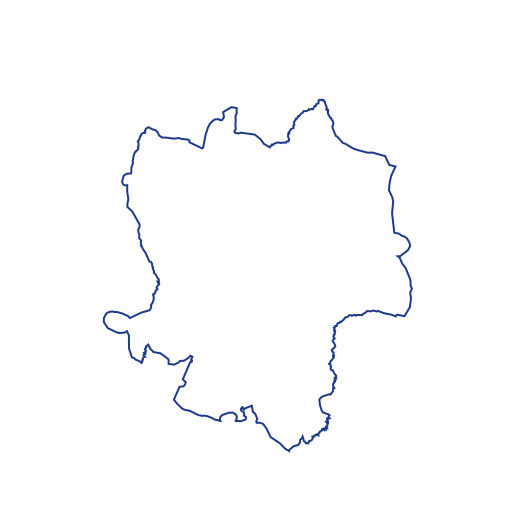 Wa Municipal, Upper West, Ghana (Natural Earth projection), rotated 299°
{"feature_id": "2480657B26357719954092", "entity_name": "Wa Municipal", "entity_type": "district", "adm_level": 2, "iso_a3": "GHA", "parent_name": "Ghana", "parent_adm1": "Upper West", "projection": "natural_earth1", "projection_center": [-2.475, 10.039], "detail": "fine", "context": "isolated", "style": "outline", "palette": "blue", "viewbox_px": 512, "rotation_deg": 299, "n_neighbors": 0, "source": "geoboundaries", "source_scale": "gbopen_adm2", "svg_char_len": 6124}
<svg xmlns="http://www.w3.org/2000/svg" viewBox="0 0 512 512"><g transform="rotate(299 256 256)"><path d="M316.5,99.5L314.1,98.1L311.7,98.1L310.7,99.3L309.7,99.1L309.3,97.8L307.0,96.6L305.7,97.0L304.5,96.6L301.9,97.4L299.0,97.0L297.9,98.5L294.8,100.1L293.8,100.0L293.3,100.9L291.0,101.0L290.4,100.4L289.0,100.4L288.5,99.8L285.1,100.2L279.4,102.1L277.1,103.5L272.6,104.2L269.5,106.1L267.6,106.6L265.2,103.0L262.5,101.6L261.5,101.4L256.0,102.9L254.4,104.8L254.2,106.0L254.4,107.5L255.5,109.1L250.2,111.9L243.5,117.0L239.3,118.2L236.5,119.8L235.0,126.1L227.2,138.8L225.0,140.0L221.5,140.4L219.5,141.8L218.6,143.3L215.1,145.1L213.8,148.1L212.1,148.6L210.1,150.3L209.1,150.5L208.9,151.7L207.4,153.5L205.1,158.1L199.5,165.3L199.9,166.9L198.9,168.8L196.8,170.2L196.2,171.5L194.8,171.8L193.7,173.8L191.8,174.8L191.2,177.2L189.0,180.6L188.5,182.2L186.6,183.4L185.9,182.2L185.0,183.7L185.0,184.5L184.3,184.4L183.9,185.0L181.9,184.3L180.1,184.4L179.3,185.8L178.1,185.8L177.2,185.0L174.1,185.7L173.4,184.8L172.2,184.6L171.8,185.5L168.4,187.6L164.2,188.2L162.4,187.8L160.3,189.2L158.2,189.4L156.6,188.9L151.0,183.2L140.5,175.7L141.4,173.7L141.0,167.3L139.7,161.8L138.2,159.0L138.1,157.8L136.6,155.5L134.4,153.5L132.8,153.0L128.0,153.0L124.3,155.1L121.1,161.4L121.6,170.5L122.3,173.7L125.3,178.3L127.7,179.5L125.1,183.2L113.5,189.8L107.1,196.7L107.7,198.6L107.0,200.9L107.5,205.0L107.0,207.8L108.2,207.9L109.7,206.9L110.5,207.4L111.8,206.5L113.3,206.9L114.0,207.8L114.6,205.8L116.0,205.6L116.6,206.8L117.3,206.5L117.4,205.1L118.9,205.9L119.9,205.7L120.1,204.7L120.8,203.9L122.8,204.4L123.4,203.6L126.3,204.8L123.8,208.2L122.3,212.8L124.6,219.7L123.4,229.0L122.5,230.2L119.3,231.8L121.2,237.0L125.4,240.0L127.5,240.5L129.3,243.6L130.2,244.2L134.6,246.5L136.9,246.9L137.1,249.2L133.6,249.6L133.5,250.7L132.7,251.0L131.9,250.9L131.2,249.9L112.6,251.8L111.6,255.7L109.7,256.2L107.1,255.9L104.4,252.6L90.6,253.8L88.7,258.3L86.8,265.2L86.8,267.6L88.5,273.4L88.9,282.6L90.1,286.6L91.2,287.9L92.3,291.0L93.0,296.1L92.9,299.4L94.0,302.3L94.1,304.3L94.4,304.9L95.5,303.5L97.9,302.9L100.5,303.5L105.8,308.3L107.7,311.5L107.7,314.9L106.4,317.0L104.3,318.0L102.0,318.1L102.0,319.0L102.9,320.0L104.0,322.6L107.7,326.1L108.9,326.1L110.3,325.3L110.5,322.8L111.8,322.5L113.5,321.0L113.4,318.9L114.1,317.3L115.4,317.0L117.2,317.4L117.3,317.8L116.1,318.2L115.9,320.1L117.3,320.2L123.0,324.9L118.1,328.9L118.0,330.4L117.2,332.4L114.2,336.0L111.1,336.6L110.5,337.5L112.3,340.8L112.5,343.9L110.0,349.1L104.7,356.6L103.8,367.4L101.5,375.4L101.5,379.6L102.7,379.2L107.7,381.1L111.3,384.6L114.4,384.8L116.7,383.8L118.8,384.5L120.7,384.3L117.3,387.8L117.0,389.8L116.4,390.6L117.6,391.8L117.5,392.5L120.1,392.3L120.4,393.2L122.7,394.1L124.3,393.9L125.4,392.9L126.5,394.6L127.1,394.1L128.8,395.1L129.1,396.5L129.4,395.7L129.9,396.0L130.2,397.1L131.8,396.8L132.6,397.3L133.4,396.9L135.6,398.4L136.4,397.8L136.5,398.2L137.3,398.4L137.0,399.9L137.9,399.4L138.0,400.9L138.6,400.2L139.7,401.8L140.2,401.0L139.9,400.0L140.8,399.9L141.1,400.7L142.3,400.7L143.9,399.7L144.4,400.1L145.1,399.8L144.4,399.1L145.0,397.5L146.6,398.6L147.8,396.9L148.5,396.9L149.1,397.3L148.9,398.5L149.8,399.1L150.0,397.8L151.2,397.2L152.4,397.5L152.7,396.3L151.6,390.6L152.5,388.6L156.3,384.5L161.1,381.0L163.6,381.4L166.0,382.8L170.6,387.1L170.9,388.3L175.0,388.9L177.9,387.5L178.5,388.4L179.3,387.0L181.3,385.5L184.2,385.9L184.5,385.2L185.4,385.7L186.3,384.7L186.8,385.3L187.2,384.1L188.5,384.2L188.2,384.9L188.6,385.2L189.3,384.3L190.2,384.1L190.9,382.0L193.3,378.5L192.7,377.3L194.1,375.5L195.3,375.4L196.6,374.4L197.1,372.2L198.5,372.8L200.0,372.1L201.8,372.9L203.6,372.8L204.1,373.3L204.9,373.1L205.7,372.0L206.3,372.7L207.1,372.3L207.1,371.5L209.3,370.6L209.4,369.1L210.5,367.8L215.2,369.3L216.9,367.7L218.8,364.3L219.5,364.0L222.0,364.7L222.1,363.7L222.8,363.5L223.1,362.7L224.6,362.3L225.4,362.9L226.0,362.3L227.4,362.2L227.9,362.0L228.3,360.9L229.1,361.1L229.0,360.2L230.7,359.8L231.0,358.9L232.2,359.5L232.9,358.9L233.8,360.4L236.8,360.0L238.2,361.6L239.3,361.5L239.5,362.3L243.0,363.6L245.3,363.7L247.1,365.6L249.4,366.2L250.3,368.0L250.1,368.7L251.9,370.3L252.5,371.4L252.3,372.4L253.6,373.1L255.7,377.5L257.2,377.7L259.2,379.1L261.7,379.8L263.4,383.5L265.1,384.8L266.0,388.4L267.1,389.4L268.0,395.5L270.4,403.1L271.0,407.6L272.2,407.5L273.2,408.0L275.3,415.0L285.8,415.4L294.3,412.0L298.4,408.7L303.2,408.1L304.7,405.9L310.0,402.6L318.1,392.6L320.2,387.6L324.1,382.6L324.5,380.2L325.8,382.2L334.5,386.0L339.6,386.0L342.6,383.1L344.7,379.1L344.9,375.6L344.4,373.7L344.8,370.0L343.4,365.7L359.3,354.3L370.0,349.7L373.3,346.9L377.9,340.5L384.4,337.5L391.5,335.4L401.9,334.6L400.3,328.4L406.0,320.6L402.9,307.7L400.5,303.6L397.9,293.3L397.1,288.6L397.5,280.3L397.0,277.0L399.8,269.2L399.7,267.7L405.0,261.0L406.6,259.9L407.8,260.0L410.2,258.9L411.7,257.2L411.9,256.1L413.1,254.7L413.1,253.3L414.4,251.8L414.8,250.6L416.1,249.4L418.8,248.3L418.9,247.7L418.1,247.3L418.3,246.3L420.4,245.7L423.0,242.4L424.3,241.6L424.5,240.2L425.2,239.5L424.2,238.5L424.6,237.7L422.6,235.3L420.0,236.6L417.8,235.0L416.5,235.7L415.8,235.5L415.4,234.5L412.0,234.7L411.5,233.1L410.2,232.4L410.0,231.1L409.0,231.1L407.6,230.2L405.5,227.3L403.9,227.4L401.7,226.2L399.2,225.9L399.0,225.2L398.4,224.9L397.7,225.3L395.8,225.0L395.3,224.2L394.6,224.7L391.6,224.3L389.3,225.9L388.2,225.4L386.3,226.8L384.0,225.2L381.1,224.9L379.5,225.5L379.5,224.8L378.6,224.8L375.9,226.2L373.9,228.6L372.1,228.9L371.9,228.1L370.5,227.1L369.9,227.4L369.0,226.1L367.9,223.9L366.7,222.8L366.5,221.4L365.3,219.2L362.7,217.3L361.6,217.1L361.2,215.9L360.2,216.2L359.4,215.5L357.7,215.5L357.9,208.7L360.4,203.1L361.6,196.1L356.6,183.2L354.8,181.5L353.6,178.0L354.5,176.7L357.4,176.7L359.9,174.8L364.6,172.6L367.7,170.6L369.1,170.0L371.1,170.1L375.5,167.7L376.0,167.3L374.2,162.3L365.9,157.5L361.9,160.7L358.4,160.4L357.3,158.6L357.7,157.3L355.9,154.2L353.6,152.8L349.6,151.6L344.9,151.7L337.7,153.1L325.2,157.2L324.0,156.7L323.2,142.7L324.8,141.7L324.8,140.0L322.3,134.0L321.7,131.2L318.9,127.4L316.1,120.3L314.1,116.4L314.4,113.0L316.6,109.7L317.3,107.6L316.6,104.1L316.5,99.5Z" fill="none" stroke="#1e3a8a" stroke-width="2"/></g></svg>